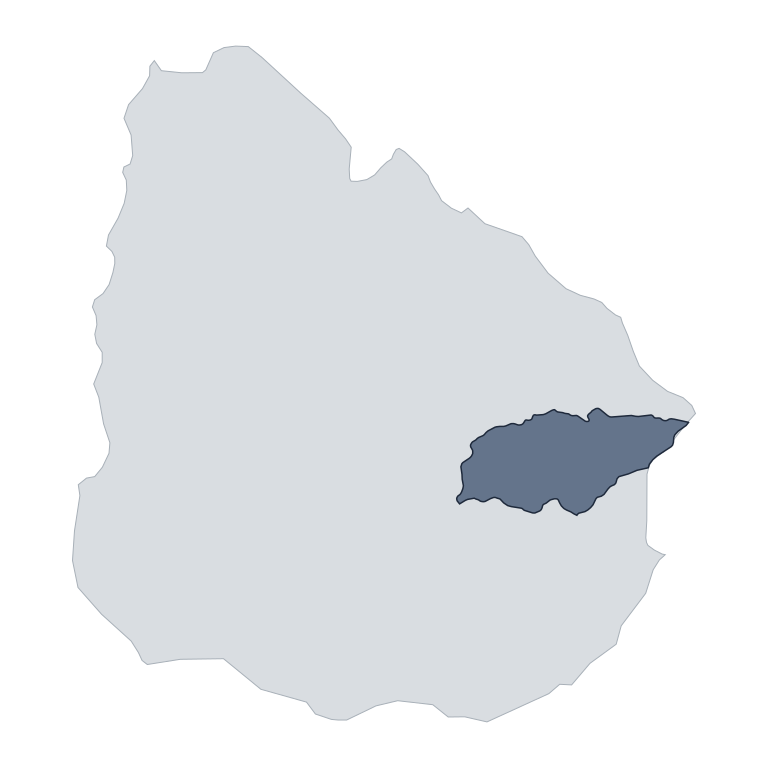 Treinta y Tres on a map of Uruguay (orthographic projection)
{"feature_id": "URY-16", "entity_name": "Treinta y Tres", "entity_type": "Department", "adm_level": 1, "iso_a3": "URY", "parent_name": "Uruguay", "parent_adm1": "", "projection": "orthographic", "projection_center": [-54.31, -33.085], "detail": "fine", "context": "in_parent", "style": "filled", "palette": "slate", "viewbox_px": 768, "rotation_deg": 0, "n_neighbors": 0, "source": "natural_earth", "source_scale": "10m", "svg_char_len": 4845}
<svg xmlns="http://www.w3.org/2000/svg" viewBox="0 0 768 768"><path d="M665.2,554.7L659.4,559.9L653.2,569.7L645.7,593.3L621.2,625.8L616.2,644.2L590.0,663.3L571.6,684.9L559.7,684.3L548.9,693.6L487.0,721.9L464.7,716.8L448.2,717.0L432.8,704.7L397.7,700.7L375.9,705.9L346.7,720.0L337.8,720.0L331.4,719.4L315.4,714.0L306.5,702.1L260.9,689.3L223.5,658.7L180.3,659.3L147.3,664.5L142.1,660.5L138.4,652.5L131.2,641.1L101.6,614.3L78.0,587.5L72.5,560.5L74.5,530.8L79.9,495.6L78.3,484.7L86.5,478.1L94.7,476.6L102.4,467.2L109.0,453.3L109.9,442.8L103.6,423.9L98.8,397.2L93.7,384.0L102.2,362.6L102.2,352.3L96.6,343.5L94.8,334.3L96.9,324.8L96.1,315.6L92.4,307.0L94.7,299.7L103.0,293.6L109.1,284.6L112.9,272.6L114.8,263.5L114.7,257.2L111.9,251.4L106.4,246.1L108.5,235.0L118.1,218.1L124.2,203.3L126.8,190.4L126.3,180.1L122.7,172.4L123.9,167.0L130.1,164.0L132.7,155.6L131.1,135.0L124.0,118.3L128.6,104.6L142.5,88.6L149.6,75.8L149.9,66.2L154.3,60.6L161.4,70.7L181.9,72.8L202.5,72.6L205.8,69.9L213.4,52.7L224.0,47.6L235.6,46.1L248.3,46.6L262.0,57.5L300.9,93.3L329.4,118.2L338.1,130.1L345.6,138.9L351.2,147.2L349.2,169.0L349.7,178.5L351.1,181.2L357.4,181.4L366.8,179.6L374.7,174.9L380.8,167.8L386.8,162.1L391.7,158.9L393.4,154.3L396.2,149.5L399.1,148.4L404.7,151.9L417.8,164.2L428.0,175.6L430.5,182.1L434.5,188.9L438.6,194.9L441.6,200.7L451.4,208.2L461.4,212.9L468.0,208.0L484.9,223.7L522.0,236.7L528.8,244.7L535.2,256.0L548.1,273.2L566.0,288.7L580.3,295.3L594.1,299.0L601.8,302.5L607.0,308.4L615.4,314.9L620.7,317.3L622.4,323.0L627.8,335.5L633.3,351.4L639.4,366.1L652.7,380.3L667.6,391.4L683.1,397.7L691.8,405.5L695.5,413.5L684.9,425.3L673.4,440.1L663.2,451.7L652.8,459.8L649.3,465.5L647.0,474.2L646.8,520.5L645.8,537.8L646.5,542.4L647.9,545.4L654.4,550.1L662.0,554.0L665.2,554.7Z" fill="#d9dde1" stroke="#a8b0b8" stroke-width="1"/><path d="M688.6,422.4L686.1,425.5L678.1,431.2L674.8,434.8L673.8,437.3L673.4,442.5L672.6,445.1L671.3,446.6L656.8,456.1L652.8,459.7L649.4,464.1L648.3,467.7L648.2,467.8L637.0,470.3L628.4,473.9L619.0,476.6L618.4,477.2L617.1,478.7L616.6,480.3L616.2,481.9L615.6,483.4L614.3,484.7L611.5,485.9L609.9,486.9L607.8,489.2L604.0,494.4L601.3,496.2L597.3,497.3L596.0,498.6L593.0,504.8L590.6,507.6L587.9,509.9L585.0,511.6L578.8,513.2L577.4,514.4L576.9,515.3L574.0,513.9L570.9,511.9L566.7,510.1L564.2,508.7L563.2,507.8L561.3,505.8L559.6,502.8L558.4,500.2L558.0,499.6L557.5,499.2L556.8,498.9L555.7,498.8L554.4,498.8L551.0,499.7L550.0,500.1L546.2,503.1L545.6,503.4L544.3,504.0L543.6,504.3L543.1,504.8L542.7,505.4L542.5,506.1L542.1,507.7L541.5,509.1L541.1,509.7L540.7,510.2L540.1,510.7L539.6,511.0L534.9,513.0L533.8,513.0L532.5,512.9L524.5,510.4L523.8,510.0L522.3,508.6L521.6,508.3L520.8,508.1L511.3,506.6L507.7,505.6L503.7,502.9L500.4,499.4L499.8,498.9L498.8,498.6L497.3,498.2L495.5,497.5L494.7,497.4L493.5,497.5L490.5,498.6L485.2,501.4L484.3,501.6L483.1,501.7L481.1,501.4L480.1,501.0L479.3,500.4L478.7,500.0L478.1,499.7L475.8,499.0L474.6,498.4L474.3,498.2L473.7,498.3L467.6,499.4L465.3,500.4L459.6,503.9L457.2,500.9L456.9,500.0L456.7,498.6L456.9,497.7L457.3,496.9L457.7,496.3L458.1,495.8L459.9,494.6L460.6,493.7L461.5,492.2L462.8,488.8L463.2,487.0L463.4,485.7L462.2,479.3L462.0,474.4L460.9,466.8L461.8,463.8L462.8,462.6L469.4,458.2L470.4,457.3L471.2,456.4L471.6,455.8L472.7,453.6L472.7,451.0L472.5,450.1L470.8,447.1L470.5,445.9L470.6,444.9L471.0,444.0L471.6,443.0L472.3,442.1L473.0,441.6L475.6,440.1L476.3,439.5L477.2,438.5L478.6,437.5L482.6,435.8L483.2,435.5L484.3,434.6L486.1,432.5L488.1,430.8L495.0,427.2L496.5,426.8L499.9,426.4L503.7,426.4L505.6,426.0L511.0,423.7L512.1,423.6L513.7,423.6L515.3,424.0L517.5,424.8L518.4,425.0L519.6,425.0L521.4,424.7L522.3,424.2L523.0,423.7L523.8,422.6L524.7,421.1L525.3,420.3L525.9,420.0L526.7,420.0L527.5,420.2L528.6,420.3L530.3,420.0L531.2,419.5L531.8,419.0L532.1,418.3L532.7,416.5L533.4,415.3L534.1,414.9L535.0,414.8L536.7,415.1L543.3,414.6L545.7,413.8L551.6,410.5L553.4,409.8L554.6,409.7L555.1,410.1L556.1,411.0L556.7,411.4L557.3,411.8L558.1,412.0L562.6,412.6L565.0,413.4L568.3,413.8L569.0,414.1L570.1,414.9L570.7,415.3L571.5,415.5L572.4,415.7L573.3,415.7L575.8,415.5L576.6,415.5L577.3,415.8L577.9,416.1L584.3,420.5L584.8,420.9L585.6,421.3L586.6,421.5L588.2,421.4L588.9,420.9L589.2,420.1L589.0,419.4L588.7,418.7L588.0,417.5L587.8,416.9L587.6,416.2L587.7,415.5L588.1,414.9L588.5,414.3L591.1,412.1L591.8,411.1L592.4,410.6L595.7,408.7L597.1,408.4L598.1,408.4L598.9,408.7L600.1,409.4L607.6,415.6L608.8,416.3L609.5,416.7L610.4,416.9L611.6,417.0L631.4,415.5L635.6,416.3L638.4,416.5L651.1,415.0L651.7,415.2L652.3,415.5L652.8,415.9L653.3,416.4L654.1,417.5L654.9,417.9L656.1,418.1L658.3,418.0L659.6,418.1L660.5,418.4L662.0,419.7L662.8,420.1L663.7,420.5L665.3,420.7L666.3,420.6L667.3,420.3L669.2,419.1L670.4,418.9L671.4,418.8L674.3,419.2L688.5,422.3L688.6,422.4Z" fill="#64748b" stroke="#1e293b" stroke-width="1.5"/></svg>